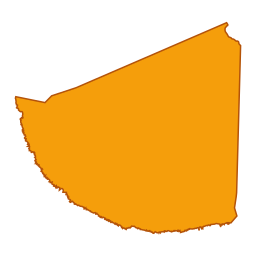 Hambou, Andjazîdja, Comoros (orthographic projection)
{"feature_id": "10938185B8813398551192", "entity_name": "Hambou", "entity_type": "district", "adm_level": 2, "iso_a3": "COM", "parent_name": "Comoros", "parent_adm1": "Andjazîdja", "projection": "orthographic", "projection_center": [43.305, -11.814], "detail": "fine", "context": "isolated", "style": "filled", "palette": "amber", "viewbox_px": 256, "rotation_deg": 0, "n_neighbors": 0, "source": "geoboundaries", "source_scale": "gbopen_adm2", "svg_char_len": 5823}
<svg xmlns="http://www.w3.org/2000/svg" viewBox="0 0 256 256"><path d="M240.6,45.6L239.2,44.1L238.8,43.3L238.7,42.2L238.4,41.6L237.6,41.1L236.2,41.1L234.0,39.4L233.4,39.1L232.1,38.9L231.6,38.5L231.3,38.0L230.4,37.5L228.9,37.0L228.0,35.9L227.3,34.4L225.5,31.9L225.2,31.1L225.0,30.1L225.1,28.1L226.6,26.2L227.1,25.7L227.6,25.6L227.8,25.1L227.8,24.6L226.6,22.7L75.9,87.8L51.7,95.8L45.0,102.6L15.8,96.7L15.4,98.2L15.8,99.3L16.1,101.9L15.9,103.0L16.4,103.8L16.4,104.7L17.5,105.1L17.4,106.0L17.1,106.2L17.0,107.3L16.6,107.8L17.0,108.1L18.0,108.3L18.5,109.0L18.5,110.0L20.1,111.5L20.5,111.7L22.0,111.6L22.5,112.3L22.8,114.2L22.4,116.0L22.9,117.4L22.9,117.9L22.6,118.1L21.5,117.7L21.3,118.1L20.3,118.8L20.3,119.5L21.1,120.1L20.7,120.6L20.8,122.4L21.5,123.5L21.5,124.1L20.5,124.2L21.2,124.5L21.4,125.0L22.1,125.1L22.1,126.2L22.4,127.2L23.4,129.0L22.7,129.4L22.9,129.9L22.5,130.1L23.5,130.8L22.7,131.3L23.7,132.2L23.2,132.5L23.6,132.8L23.4,133.3L24.2,134.2L24.2,134.8L25.0,134.8L25.0,135.4L25.7,136.2L24.5,137.9L24.5,138.0L25.2,138.7L26.0,138.7L25.8,139.2L26.0,139.6L25.5,140.0L25.6,140.9L26.8,141.3L28.3,143.0L28.0,143.4L28.3,143.6L27.8,144.3L29.1,144.4L29.1,144.6L28.6,145.3L28.4,145.8L27.8,146.3L28.4,146.3L29.3,145.9L29.6,146.7L29.6,147.0L28.8,148.7L29.5,149.0L29.3,150.6L30.6,150.7L31.2,151.6L31.3,152.4L31.8,152.4L32.4,151.8L33.5,152.1L34.2,152.1L34.5,152.4L33.9,152.9L34.6,153.4L34.3,154.1L34.6,154.4L34.6,155.0L35.2,155.2L35.4,156.0L35.4,156.9L34.8,157.3L35.5,157.9L35.5,159.2L36.0,159.6L35.0,160.7L35.8,161.2L35.5,161.8L36.2,162.1L35.9,162.6L36.7,163.2L36.0,163.6L37.0,163.7L36.7,164.2L36.9,164.5L37.9,165.0L38.2,165.5L38.8,164.8L39.1,165.0L38.7,166.0L39.2,166.3L39.5,167.0L40.0,167.1L41.1,168.5L41.9,168.5L42.4,169.1L41.5,169.5L41.2,169.9L41.8,170.5L41.8,171.1L41.3,171.4L42.6,172.3L42.6,172.9L43.1,173.2L42.9,173.6L43.7,174.4L44.2,174.4L44.1,175.8L44.5,175.8L44.5,176.3L45.4,175.6L45.1,176.7L45.7,177.1L45.8,177.6L46.6,177.3L46.9,177.4L46.7,178.2L47.5,178.3L47.2,178.9L47.5,179.2L48.6,179.1L49.7,180.1L49.8,181.1L49.2,181.7L50.3,182.0L50.4,182.6L52.1,182.1L51.9,182.8L51.9,183.8L52.4,184.4L53.8,184.6L53.8,185.6L53.7,186.0L54.0,186.0L54.6,185.5L54.9,185.8L54.5,186.3L55.3,186.5L55.6,187.1L56.4,186.0L56.5,186.7L56.1,187.6L56.2,188.0L57.1,187.3L57.5,187.7L58.1,186.9L58.8,187.4L59.7,187.6L59.4,190.1L61.3,188.6L62.0,188.5L62.5,188.8L63.1,189.5L63.3,190.4L62.9,192.2L66.4,192.4L66.3,193.6L66.0,194.2L66.0,194.5L67.1,194.3L67.3,195.8L67.8,195.8L68.0,196.2L68.0,196.6L67.7,196.9L67.9,197.5L68.5,197.4L68.2,198.1L68.4,198.9L70.0,199.5L70.4,199.8L70.5,200.2L69.5,201.5L69.8,201.8L70.2,202.3L70.8,202.3L71.1,201.9L71.9,201.3L72.5,201.3L72.6,201.7L73.7,202.4L74.4,203.2L74.2,203.9L74.4,204.1L75.2,204.3L75.7,203.9L77.8,205.6L78.8,205.2L80.1,206.2L82.4,206.5L83.1,206.9L83.3,207.3L84.1,207.8L84.1,208.8L84.4,208.7L84.7,208.0L85.0,208.6L85.7,208.0L85.7,208.7L86.4,208.8L86.4,209.7L86.6,209.7L86.9,209.1L87.8,209.9L88.2,209.9L89.6,210.9L90.4,210.9L90.5,211.6L91.1,211.7L91.4,212.0L93.6,213.0L94.3,212.7L95.1,213.0L95.3,212.7L95.8,213.1L95.8,214.1L96.0,214.1L96.2,213.4L96.7,213.3L96.8,213.9L97.3,214.0L98.8,215.4L98.6,216.0L99.3,216.2L99.8,216.6L100.5,216.5L100.3,217.3L100.6,217.4L101.1,216.7L101.5,216.8L101.8,217.7L102.3,217.8L103.1,217.2L105.3,218.3L105.1,218.7L104.8,218.8L104.7,219.2L105.0,219.4L105.8,219.3L105.8,219.5L106.4,219.5L106.8,220.3L107.3,220.2L107.3,219.5L107.5,219.5L107.7,220.3L108.0,220.3L108.7,219.7L109.0,219.8L109.0,220.6L108.4,221.0L108.9,221.4L110.0,220.7L110.7,221.1L110.6,222.1L111.0,222.5L111.8,222.1L112.4,222.0L112.7,222.6L113.8,222.9L114.7,224.0L115.5,224.1L115.6,223.7L116.1,224.5L116.4,224.5L116.9,223.7L117.6,224.6L117.6,225.3L118.4,225.9L118.9,224.9L120.1,225.2L121.1,226.2L121.6,226.5L121.6,227.6L122.0,227.7L122.2,227.4L122.8,227.7L122.8,228.4L123.5,228.0L124.5,228.2L124.7,228.6L125.1,228.4L125.5,228.6L125.9,229.4L126.2,229.5L126.6,228.5L127.0,228.0L127.9,228.2L129.0,227.5L130.0,228.0L130.5,227.2L130.9,227.2L131.6,226.1L133.5,226.4L134.0,226.2L134.4,226.3L135.7,227.6L136.8,227.8L137.6,228.7L137.9,228.6L138.3,228.0L138.6,228.0L139.2,228.6L140.1,228.7L140.3,229.5L141.3,229.5L142.8,229.9L144.8,230.2L145.4,230.7L146.0,230.8L146.5,230.1L147.0,230.6L147.0,231.0L148.6,231.2L149.1,230.6L149.7,230.6L149.9,231.5L150.8,231.5L150.8,231.8L151.9,232.0L151.9,232.3L152.5,232.4L153.0,233.2L153.8,233.3L155.2,231.7L157.1,232.8L158.4,232.7L158.8,232.3L159.0,232.3L159.1,232.7L159.4,232.1L160.1,232.2L160.5,232.7L160.7,232.0L162.1,231.7L163.2,231.9L163.6,231.8L164.0,231.3L164.5,231.8L164.8,230.8L165.1,230.8L165.4,231.4L167.0,231.4L167.4,230.8L168.1,230.6L171.6,231.8L171.8,231.3L172.6,231.5L173.7,231.1L173.9,230.6L174.4,230.6L174.7,231.1L174.9,231.1L175.2,230.6L177.1,230.9L177.4,230.6L177.7,230.8L177.7,231.3L178.1,231.4L178.1,230.3L178.7,230.3L179.2,230.9L179.8,230.6L179.8,231.3L180.4,231.4L180.5,232.5L182.3,232.0L182.7,231.7L183.7,231.7L184.5,231.3L184.6,230.6L184.8,230.4L185.4,230.7L186.0,230.2L186.3,230.9L186.6,230.9L187.1,230.3L187.7,230.1L187.7,229.5L188.1,229.4L188.2,229.7L189.3,229.3L189.3,228.7L189.7,228.6L189.8,228.9L192.9,229.0L193.7,228.7L194.2,228.8L195.0,228.3L196.2,228.4L197.4,227.7L198.2,227.8L198.8,229.1L198.9,229.8L199.2,229.8L199.0,227.6L200.0,226.9L200.4,226.9L200.8,227.4L201.4,227.5L201.4,228.5L201.6,228.7L201.9,228.1L202.1,228.2L202.2,228.8L202.8,228.8L202.3,227.1L203.4,226.9L203.6,226.4L204.6,226.3L206.2,225.5L207.6,225.7L208.2,225.0L209.1,225.0L209.5,225.5L210.4,225.5L210.7,224.5L214.7,224.1L216.1,223.5L219.8,224.1L220.2,225.8L220.7,226.3L221.1,225.6L221.4,224.5L221.9,224.2L222.3,224.7L222.9,223.9L223.3,224.0L224.2,224.6L224.4,223.8L226.7,222.8L227.3,223.7L227.5,223.7L227.6,222.7L228.5,222.7L228.4,224.1L228.8,224.0L229.6,222.8L230.9,222.9L236.9,216.0L234.5,207.9L236.2,196.6L236.6,192.8L240.6,45.6Z" fill="#f59e0b" stroke="#b45309" stroke-width="1.5"/></svg>